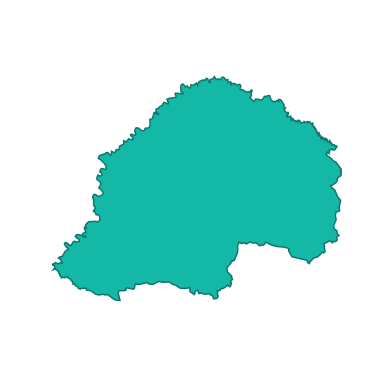 outline of Luvianos, México, Mexico, rotated 349°
{"feature_id": "50627088B51111814916404", "entity_name": "Luvianos", "entity_type": "district", "adm_level": 2, "iso_a3": "MEX", "parent_name": "Mexico", "parent_adm1": "México", "projection": "orthographic", "projection_center": [-100.389, 18.947], "detail": "fine", "context": "isolated", "style": "filled", "palette": "teal", "viewbox_px": 384, "rotation_deg": 349, "n_neighbors": 0, "source": "geoboundaries", "source_scale": "gbopen_adm2", "svg_char_len": 6015}
<svg xmlns="http://www.w3.org/2000/svg" viewBox="0 0 384 384"><g transform="rotate(349 192 192)"><path d="M203.3,84.1L202.0,84.6L201.0,86.5L200.3,91.2L202.0,92.4L201.7,93.8L194.6,91.8L194.1,92.9L194.7,94.6L194.1,96.0L187.9,95.7L185.1,96.2L185.9,100.2L185.3,101.1L181.6,98.6L178.9,101.6L176.8,101.9L174.9,103.6L172.9,103.5L171.9,106.1L174.1,109.0L172.6,109.1L170.6,106.8L169.7,107.1L167.7,111.5L166.7,112.5L164.4,112.7L163.8,117.7L162.9,120.1L160.7,120.8L158.3,120.5L157.0,122.5L155.8,122.7L153.6,121.5L151.9,119.3L150.4,118.5L149.1,118.5L147.3,121.0L147.9,124.7L147.5,125.2L146.4,125.4L143.7,123.7L142.7,123.9L142.7,125.1L144.2,126.9L144.1,128.5L143.4,129.5L139.8,127.7L137.2,130.3L134.7,128.6L134.1,131.9L129.6,133.2L128.8,136.0L128.2,136.4L125.8,135.9L123.9,138.5L122.9,138.5L120.8,136.7L119.7,140.1L118.6,139.9L117.0,137.3L115.6,137.0L113.5,137.9L108.6,138.5L107.3,139.3L106.5,141.3L108.4,142.8L111.3,147.0L112.6,150.4L112.5,152.5L111.2,153.3L108.0,151.7L107.0,152.0L105.2,154.5L106.7,156.1L107.0,158.0L105.2,159.1L103.0,157.4L101.0,160.4L101.3,161.9L104.1,165.0L103.7,167.3L101.3,170.3L103.0,172.2L104.6,175.3L104.4,177.0L101.6,178.3L99.1,178.4L96.7,176.0L95.4,175.7L93.9,177.1L93.5,178.7L94.1,181.6L93.3,183.6L93.1,187.3L94.3,188.9L91.5,192.1L92.8,192.9L93.7,196.2L95.0,196.1L96.3,197.1L96.7,199.9L96.1,201.9L93.7,203.5L91.5,202.3L84.7,201.5L81.7,203.5L80.8,204.8L81.5,207.0L79.8,206.2L79.3,207.0L80.2,211.1L76.7,212.0L76.3,212.8L76.7,214.5L78.9,214.9L79.4,215.4L79.1,216.2L77.5,215.6L73.6,212.5L70.6,211.8L69.0,213.3L70.2,215.4L72.1,216.7L72.4,217.9L72.0,218.8L68.8,219.1L67.1,217.8L65.5,218.6L63.1,221.5L62.1,221.2L59.2,217.9L58.1,217.5L56.9,218.2L57.6,221.2L59.9,224.2L56.3,226.0L52.0,230.7L49.9,230.4L48.2,231.5L50.5,233.5L50.2,234.2L51.2,235.8L51.1,237.0L49.4,236.3L46.7,236.9L44.6,235.3L41.2,236.4L41.5,237.5L42.9,237.7L43.0,238.9L42.9,240.0L41.1,241.8L43.4,241.2L43.4,242.0L45.1,243.4L45.2,244.6L46.0,244.9L45.7,246.4L46.6,247.8L46.3,248.9L47.5,250.4L47.4,251.4L50.1,251.2L50.9,252.0L53.5,251.0L53.8,252.6L56.0,254.3L56.3,255.5L57.2,255.9L57.2,257.4L58.3,257.9L57.4,259.6L58.8,259.6L59.7,261.8L61.6,262.9L61.9,264.6L62.5,265.3L63.9,266.0L65.6,265.5L69.9,266.4L69.7,268.2L73.5,269.4L78.1,274.1L81.3,275.4L84.8,275.3L86.8,276.4L89.7,276.7L95.5,283.0L98.2,284.1L100.7,284.6L100.2,277.9L101.0,275.5L102.0,275.1L107.3,276.0L108.7,275.5L108.2,274.8L109.0,273.8L110.1,273.8L116.1,276.2L117.2,275.3L118.6,271.6L123.0,272.7L130.0,272.3L131.3,272.7L131.6,273.8L135.9,275.3L142.3,273.4L146.0,275.1L152.7,276.0L155.1,278.8L158.1,280.4L162.1,284.2L167.3,285.5L171.5,285.4L171.1,286.5L171.6,287.9L170.9,289.3L174.7,293.1L175.5,292.2L175.3,291.3L177.4,289.4L178.9,289.6L179.3,293.0L181.6,292.8L184.8,294.8L189.7,295.1L190.0,296.0L192.2,297.7L193.0,299.5L192.5,299.9L192.8,300.9L193.3,301.1L196.4,301.1L197.9,299.1L197.4,297.3L198.2,295.0L197.8,293.9L200.7,293.9L202.7,292.2L204.3,292.6L208.0,291.1L208.8,289.8L210.9,292.3L211.8,291.8L212.6,289.9L213.1,289.9L213.3,288.5L212.6,288.0L213.2,286.4L215.0,285.7L215.1,285.2L214.4,283.9L215.0,282.8L214.2,280.9L211.6,277.2L211.7,273.8L212.4,272.6L216.8,269.0L217.3,267.4L218.5,267.8L218.7,267.0L220.4,267.2L224.3,261.5L225.7,258.4L226.5,253.1L228.8,250.2L229.8,251.4L231.5,252.1L234.1,251.8L234.8,253.1L236.3,253.2L239.8,251.9L240.9,253.3L245.8,254.6L247.8,257.5L252.3,257.7L255.0,255.4L259.8,259.2L264.7,261.6L272.2,263.8L275.3,265.4L276.4,266.1L275.6,268.1L277.7,274.6L291.6,280.9L292.4,282.7L292.0,283.4L293.5,284.7L294.5,283.0L297.5,281.1L298.2,280.1L302.7,279.7L305.7,278.1L308.1,275.8L309.7,277.0L310.4,276.1L311.1,276.2L311.8,267.9L315.9,266.9L317.2,266.0L319.2,267.3L319.9,268.6L320.7,267.4L322.7,268.1L324.9,267.4L325.5,266.6L325.1,263.9L327.9,262.8L326.5,260.1L326.9,257.8L324.4,255.1L324.5,252.2L328.2,246.7L328.3,242.0L329.6,239.3L333.3,238.7L333.6,234.8L336.3,228.6L334.1,224.7L332.6,217.6L329.5,213.5L329.4,212.1L330.8,212.2L334.9,210.4L336.5,208.8L337.5,206.0L341.5,204.2L342.0,202.4L341.4,200.8L342.5,200.7L342.5,198.6L342.9,198.2L338.8,189.9L336.9,188.6L334.6,185.1L330.6,180.9L331.8,180.0L332.0,178.5L333.7,180.2L333.6,179.4L334.6,179.0L334.7,177.0L336.1,177.2L337.3,176.4L338.1,176.7L338.4,177.6L340.2,177.9L341.3,177.0L341.7,175.6L342.9,175.5L342.7,174.3L340.8,173.6L340.6,172.8L338.3,172.4L338.7,171.6L337.8,170.1L337.2,170.4L337.4,168.9L336.9,168.0L336.6,168.9L335.3,169.1L335.0,168.3L334.5,169.1L335.1,166.0L334.4,166.9L334.0,166.1L332.6,166.6L333.8,165.1L332.0,164.5L331.5,165.2L330.9,164.0L330.7,164.8L329.9,164.7L329.5,164.3L330.4,163.1L330.0,162.8L328.7,163.9L328.7,161.8L328.0,161.5L328.7,160.9L326.9,160.6L327.9,159.9L328.0,158.3L327.3,158.8L326.6,158.6L326.6,157.3L325.7,157.5L326.0,155.7L325.2,153.3L324.3,153.5L324.7,151.4L323.7,151.4L323.2,150.7L323.7,148.7L323.4,147.4L322.4,148.2L321.3,146.1L320.2,145.2L318.8,145.9L318.8,145.0L316.0,145.2L315.6,144.5L315.3,145.1L315.0,144.6L312.3,145.3L311.2,142.3L309.8,141.9L309.8,142.7L308.8,142.4L308.6,143.3L308.1,142.3L307.0,142.5L306.8,141.5L305.8,141.2L305.5,140.2L304.3,140.5L304.8,138.8L304.0,138.8L303.2,140.0L303.3,136.5L302.6,137.0L300.6,135.8L300.4,136.5L299.8,136.6L299.5,134.7L301.2,134.1L301.8,132.4L299.7,131.9L297.9,129.1L299.9,127.2L298.0,126.0L299.0,124.2L296.9,118.6L294.6,117.6L294.3,119.7L292.6,118.4L291.4,119.3L290.6,118.8L289.7,119.4L287.2,116.9L286.6,112.3L284.7,111.9L283.0,112.4L281.3,111.9L279.4,114.3L276.7,114.9L275.4,113.9L272.4,112.9L270.2,115.1L266.7,110.5L268.7,108.8L268.7,106.8L270.3,104.2L270.1,103.2L267.8,104.7L264.1,104.0L260.7,101.0L258.8,100.8L258.7,100.0L260.1,97.6L259.8,95.9L258.4,95.2L256.8,96.1L254.9,93.9L253.3,93.2L250.5,94.3L250.5,93.3L251.4,92.4L250.7,91.1L248.2,91.6L248.7,88.5L246.7,88.7L245.4,85.9L244.4,85.1L242.3,85.7L241.6,87.1L240.4,86.8L239.5,85.9L237.4,86.4L235.9,82.9L234.2,84.8L231.2,85.0L230.7,88.0L229.8,87.6L229.0,84.0L227.9,83.2L225.5,84.9L224.1,84.1L219.9,85.0L217.8,88.3L217.1,85.9L213.5,87.5L211.6,86.5L209.8,89.7L208.6,89.0L207.4,86.9L205.3,87.6L204.2,84.8L203.3,84.1Z" fill="#14b8a6" stroke="#0f766e" stroke-width="1.5"/></g></svg>